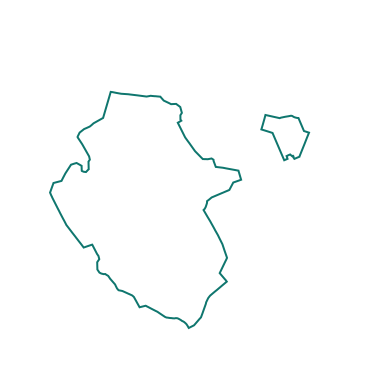 outline of As Saiyani, Ibb, Yemen, rotated 337°
{"feature_id": "15242507B28390593826974", "entity_name": "As Saiyani", "entity_type": "district", "adm_level": 2, "iso_a3": "YEM", "parent_name": "Yemen", "parent_adm1": "Ibb", "projection": "mercator", "projection_center": [44.227, 13.822], "detail": "fine", "context": "isolated", "style": "outline", "palette": "teal", "viewbox_px": 384, "rotation_deg": 337, "n_neighbors": 0, "source": "geoboundaries", "source_scale": "gbopen_adm2", "svg_char_len": 3356}
<svg xmlns="http://www.w3.org/2000/svg" viewBox="0 0 384 384"><g transform="rotate(337 192 192)"><path d="M173.2,78.1L171.7,77.2L165.2,73.9L161.2,71.3L157.7,68.9L156.3,68.1L139.1,89.1L128.2,90.3L125.9,91.1L124.9,91.4L123.5,91.8L120.1,91.9L118.9,91.9L118.4,91.9L117.3,91.9L111.8,93.4L108.3,96.4L108.1,96.9L109.6,105.1L111.2,119.0L110.6,122.3L108.6,123.6L106.3,129.4L105.8,130.7L105.2,130.9L102.2,132.2L100.3,131.1L99.0,129.8L98.8,129.5L98.8,129.4L99.8,126.8L100.6,124.8L99.5,123.3L97.1,120.2L94.7,119.9L91.3,119.6L83.9,124.6L82.6,125.5L78.8,128.6L76.2,130.8L68.0,129.6L67.4,130.3L64.5,133.4L61.1,137.1L61.1,139.6L61.1,140.2L61.2,141.5L61.2,142.8L62.0,154.7L62.3,158.3L62.3,159.0L62.7,164.0L62.9,166.4L63.1,168.3L63.5,173.6L63.6,173.8L64.4,176.9L65.9,182.8L67.3,188.0L67.4,188.6L67.6,189.2L68.5,192.7L69.6,196.8L70.6,200.8L79.1,201.4L79.6,201.5L80.4,212.0L80.9,214.3L80.4,217.6L77.3,219.6L74.6,226.4L75.3,230.0L76.6,231.6L78.6,233.1L80.1,233.6L80.4,234.1L81.0,235.0L82.1,236.5L82.7,239.6L82.8,239.9L82.8,240.2L83.0,240.6L83.1,240.9L83.4,241.9L83.6,242.5L85.1,247.1L85.1,247.8L85.1,248.2L85.3,251.5L86.0,253.7L89.2,255.9L90.5,257.3L93.9,261.0L94.3,261.4L96.4,263.7L96.6,264.0L97.5,265.9L98.7,277.6L104.9,278.6L105.3,279.0L105.6,279.5L106.0,279.9L109.2,283.8L111.6,286.7L113.4,288.8L114.8,291.0L118.4,296.5L119.5,297.6L120.6,298.2L121.7,298.9L122.9,299.6L124.1,300.2L125.2,300.9L126.3,301.4L126.6,301.5L127.9,301.8L129.0,302.4L129.2,302.5L130.0,303.3L131.7,305.5L132.3,306.6L133.2,307.6L133.9,308.5L134.6,309.9L135.2,311.3L135.6,313.3L135.8,315.3L135.9,315.9L141.8,315.5L147.1,312.9L149.5,311.7L150.0,311.5L151.3,310.9L154.5,307.5L155.4,306.5L159.9,301.6L161.1,300.3L161.9,299.1L165.1,296.3L165.6,295.9L168.1,294.5L168.7,294.3L174.2,292.6L176.7,291.9L179.9,290.9L180.9,290.6L182.1,290.2L189.0,288.1L188.6,286.4L188.5,285.9L188.3,285.5L185.8,277.5L195.6,268.9L196.9,267.8L198.2,266.6L198.5,266.3L198.7,263.9L199.0,259.3L199.6,251.9L199.2,245.7L199.0,241.8L198.3,235.9L198.3,235.5L198.0,232.4L197.5,227.9L197.3,225.7L197.2,225.4L197.1,224.4L196.6,221.0L195.6,213.1L197.2,212.4L198.7,211.2L200.3,209.4L201.5,208.0L202.3,206.3L204.3,205.8L208.0,204.7L210.1,204.7L218.4,204.7L227.2,204.7L233.7,199.4L238.3,199.7L242.0,199.9L243.1,190.5L242.2,189.9L240.1,188.5L232.8,183.7L230.0,181.8L223.7,178.2L224.0,171.9L224.4,170.7L223.1,168.8L221.2,168.4L219.4,168.0L214.8,165.9L213.6,162.9L213.3,162.1L210.9,156.0L210.7,155.4L209.6,150.4L208.6,145.8L208.1,143.8L207.6,141.6L207.2,139.9L207.0,138.8L206.0,122.7L210.0,122.2L209.7,120.7L211.3,116.8L213.6,115.2L214.2,110.6L214.4,109.2L213.8,108.1L211.8,104.7L207.7,103.2L207.1,103.0L205.6,101.2L201.7,96.8L200.1,92.0L200.1,91.9L195.3,89.3L194.8,89.1L192.4,87.8L191.6,87.3L190.1,87.0L187.5,86.4L180.0,82.0L173.2,78.1ZM289.2,169.9L289.3,198.8L292.9,198.8L293.1,196.5L293.1,195.9L295.3,195.8L297.0,195.8L297.9,197.7L298.5,198.7L298.8,198.6L298.8,198.4L298.8,198.1L299.1,198.1L299.3,198.6L299.2,199.6L298.9,200.0L299.2,201.5L304.7,201.5L304.9,201.2L311.7,194.4L314.5,191.6L318.6,187.4L322.9,183.1L318.9,179.6L318.9,172.1L318.9,165.5L317.7,164.9L316.6,164.1L315.5,163.2L314.8,162.4L314.0,161.2L313.0,160.5L310.6,160.0L307.3,159.2L302.8,158.3L302.0,158.3L301.6,158.3L289.7,149.8L287.3,152.9L282.8,158.5L280.3,161.5L281.1,162.2L284.9,165.4L287.8,167.9L289.2,169.1L289.2,169.9Z" fill="none" stroke="#0f766e" stroke-width="2"/></g></svg>